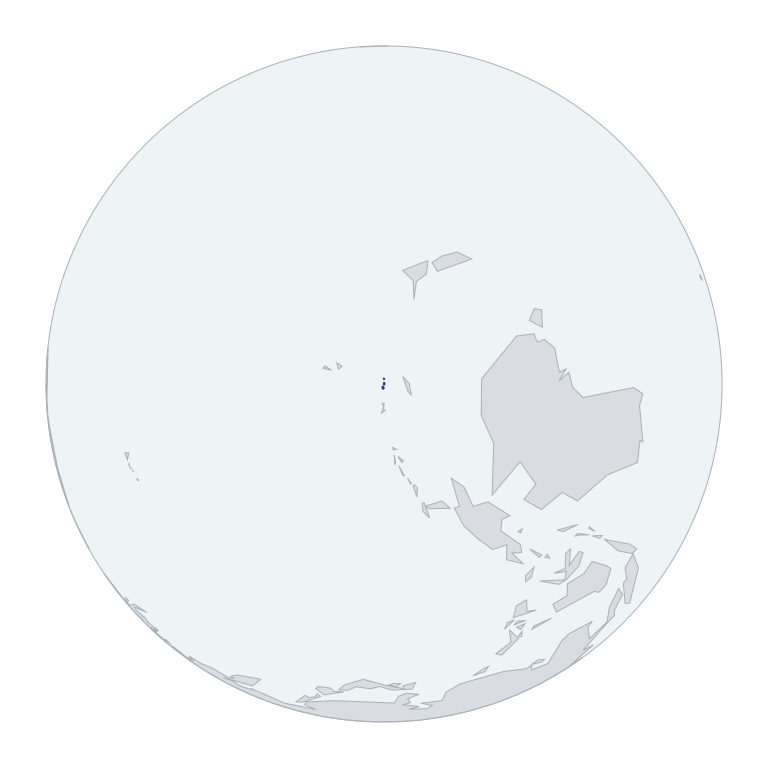 the Earth from above Tafea, rotated 211°
{"feature_id": "VUT-562", "entity_name": "Tafea", "entity_type": "Province", "adm_level": 1, "iso_a3": "VUT", "parent_name": "Vanuatu", "parent_adm1": "", "projection": "orthographic", "projection_center": [169.345, -19.436], "detail": "fine", "context": "on_globe", "style": "filled", "palette": "blue", "viewbox_px": 768, "rotation_deg": 211, "n_neighbors": 0, "source": "natural_earth", "source_scale": "10m", "svg_char_len": 6539}
<svg xmlns="http://www.w3.org/2000/svg" viewBox="0 0 768 768"><g transform="rotate(211 384 384)"><circle cx="384" cy="384" r="338" fill="#eef3f6" stroke="#a8b0b8"/><path d="M444.0,366.0L444.4,368.6L443.9,368.9L444.0,366.0ZM673.3,209.4L662.5,192.8L691.0,242.8L684.7,230.2L673.7,211.0L672.6,208.6L655.4,183.2L645.4,171.4L619.9,143.3L589.8,116.0L594.9,120.0L613.0,135.5L630.0,152.4L645.8,170.3L660.2,189.4L673.3,209.4ZM578.2,107.5L574.5,104.9L551.8,90.7L578.2,107.5ZM527.2,77.9L497.3,65.9L492.9,65.6L488.4,63.2L484.8,66.6L469.8,66.0L482.5,64.4L480.6,62.7L468.3,60.5L463.7,58.5L455.1,56.6L450.7,54.7L458.4,55.1L455.7,54.2L447.2,52.8L437.4,50.9L450.3,52.8L434.5,49.9L435.7,50.1L459.2,54.6L482.4,60.7L505.1,68.5L527.2,77.9ZM561.8,671.3L570.3,665.9L578.1,660.6L561.8,671.3ZM567.2,193.5L564.9,187.0L570.5,191.7L567.2,193.5ZM560.6,182.8L562.0,185.0L560.2,183.1L560.6,182.8ZM557.4,181.2L559.7,182.3L557.2,181.6L557.4,181.2ZM553.3,179.9L555.5,180.3L555.3,180.5L553.3,179.9ZM546.4,176.0L544.6,174.8L546.5,174.6L546.4,176.0ZM588.6,115.1L585.6,112.9L573.2,104.1L579.4,108.3L588.6,115.1ZM552.0,91.0L553.6,91.8L562.5,97.3L558.8,95.0L552.0,91.0ZM490.8,66.4L496.8,67.8L492.6,67.3L490.8,66.4ZM454.7,56.7L454.5,57.2L450.1,56.1L454.7,56.7ZM439.3,52.5L432.4,51.1L440.8,52.5L439.3,52.5ZM429.3,50.4L412.4,48.1L410.4,48.5L406.4,46.9L422.1,48.8L432.7,50.1L427.7,49.8L429.3,50.4ZM554.7,675.6L567.5,667.7L558.5,673.4L554.7,675.6ZM365.1,46.6L366.7,46.6L384.5,46.3L387.1,46.2L386.2,46.1L406.4,46.9L410.4,48.5L404.3,48.4L411.0,50.4L396.1,50.3L386.9,51.9L366.8,52.2L361.3,54.3L364.6,55.0L359.5,59.2L337.8,67.3L341.0,57.5L370.8,49.6L357.4,51.9L356.1,50.9L348.7,51.7L339.6,54.0L341.2,54.6L304.7,59.3L274.3,70.1L286.8,68.3L287.0,71.3L263.3,87.1L210.8,115.8L210.5,124.1L205.3,130.6L194.3,136.0L201.5,126.4L197.2,124.4L202.9,118.7L187.7,125.7L195.2,118.0L179.6,128.1L177.2,133.4L187.9,129.3L171.1,142.6L172.2,151.9L163.9,166.6L133.7,198.9L115.6,213.1L112.7,218.8L109.9,215.2L99.5,229.0L99.3,255.3L97.0,264.7L83.2,287.9L84.1,281.0L76.6,271.4L70.3,295.1L75.8,308.5L77.5,329.5L71.1,326.5L70.0,308.6L67.4,304.5L71.6,284.1L76.2,258.3L70.1,268.3L73.9,256.8L79.3,239.0L72.9,252.0L83.6,229.3L95.9,207.4L109.8,186.5L125.2,166.7L142.0,148.2L160.2,130.9L179.5,114.9L200.1,100.5L221.6,87.7L244.0,76.4L267.2,66.9L291.0,59.1L315.4,53.1L340.1,48.9L365.1,46.6ZM164.3,636.6L168.2,638.5L169.5,640.7L164.3,636.6ZM127.3,366.2L134.5,365.9L134.4,367.5L127.3,366.2ZM119.7,362.8L127.3,361.1L118.9,366.6L119.7,362.8ZM130.4,360.5L138.2,355.5L141.6,352.2L141.3,355.5L130.4,360.5ZM114.8,364.4L91.0,373.2L82.5,373.0L83.7,366.5L97.4,361.6L114.8,364.4ZM83.1,366.6L71.2,357.4L60.6,322.8L64.2,320.0L76.5,336.8L75.5,342.1L82.7,350.5L83.1,366.6ZM115.0,324.3L114.1,339.1L100.2,342.7L94.4,342.7L90.2,326.1L92.5,316.1L97.0,314.4L118.9,277.2L125.7,282.3L118.0,297.0L123.9,307.2L115.0,324.3ZM130.8,254.1L119.9,269.4L130.8,250.1L130.8,254.1ZM139.1,237.0L138.2,243.2L135.9,238.1L139.1,237.0ZM109.6,227.1L104.6,230.6L105.9,226.4L113.2,219.5L109.6,227.1ZM157.5,179.6L151.9,191.4L148.9,195.8L149.4,189.4L157.5,179.6ZM396.3,508.1L405.5,512.7L399.9,523.9L389.2,534.7L373.1,536.4L396.3,508.1ZM287.1,528.7L277.4,514.3L292.2,513.2L294.0,525.9L287.1,528.7ZM404.4,500.2L409.0,488.5L401.8,471.7L412.1,487.6L426.6,491.0L409.9,512.4L404.4,500.2ZM206.5,474.9L168.1,509.6L157.0,508.9L154.0,497.3L132.4,467.8L135.5,467.5L126.3,447.1L145.7,421.2L157.9,383.5L175.4,382.8L184.5,357.4L204.6,357.0L202.2,376.3L227.3,387.4L234.1,344.4L259.3,389.6L284.3,406.9L303.0,438.7L295.1,493.4L281.3,504.3L274.2,498.9L269.7,504.8L256.1,502.6L239.8,484.5L235.7,490.5L235.6,476.6L231.6,489.2L220.5,478.3L206.5,474.9ZM354.6,388.4L360.1,390.3L371.8,400.1L362.8,397.5L354.6,388.4ZM430.7,373.0L435.4,377.8L428.9,377.6L430.7,373.0ZM443.9,368.9L436.1,368.9L444.0,366.0L443.9,368.9ZM371.9,363.2L375.5,366.5L373.7,367.3L371.9,363.2ZM369.5,361.9L371.3,357.6L372.2,362.3L369.5,361.9ZM339.8,334.4L342.2,332.3L343.9,334.2L339.8,334.4ZM145.3,363.6L154.3,349.9L160.3,347.9L145.3,363.6ZM334.8,329.1L327.8,328.1L328.1,325.8L334.8,329.1ZM334.3,323.6L333.0,320.2L338.7,328.4L334.3,323.6ZM320.1,315.1L329.3,321.6L319.3,315.8L320.1,315.1ZM315.4,315.6L309.3,312.7L309.6,311.7L315.4,315.6ZM256.3,318.0L277.7,337.8L262.4,337.0L244.6,325.0L234.1,336.5L208.2,336.0L213.0,328.7L208.6,318.4L184.2,316.5L179.2,310.4L187.2,305.0L172.2,301.6L188.5,296.6L195.9,309.5L205.5,298.1L223.7,299.6L242.8,303.6L259.8,313.9L256.3,318.0ZM190.2,326.8L193.1,326.5L190.9,331.0L190.2,326.8ZM297.8,304.3L306.6,311.6L305.9,313.3L301.8,312.0L297.8,304.3ZM263.4,311.5L280.9,300.4L285.4,300.7L274.1,313.5L263.4,311.5ZM275.9,292.8L284.8,294.7L290.0,301.4L288.3,303.0L275.9,292.8ZM156.7,318.4L156.3,322.3L152.4,320.0L156.7,318.4ZM161.6,315.3L174.1,317.7L160.7,318.7L161.6,315.3ZM128.3,309.2L131.3,317.2L140.9,309.3L133.7,319.2L141.0,332.4L139.2,338.6L131.7,324.0L130.5,341.1L126.4,341.9L123.3,328.3L127.0,310.1L131.1,302.2L148.9,295.4L128.3,309.2ZM161.2,304.5L158.2,294.8L160.6,287.6L163.9,292.4L161.2,304.5ZM150.6,272.4L144.3,262.8L137.1,268.6L152.9,250.2L156.2,262.3L150.6,272.4ZM147.4,249.4L140.5,254.6L148.5,244.3L147.4,249.4ZM139.6,251.3L140.4,243.9L145.0,243.8L139.6,251.3ZM150.7,249.0L154.4,236.0L155.4,243.0L150.7,249.0ZM142.2,228.0L149.7,237.6L137.5,235.6L143.5,212.4L149.2,210.4L142.2,228.0ZM215.5,135.6L217.8,130.6L224.8,128.6L221.2,132.6L215.5,135.6ZM249.6,120.2L227.4,126.6L209.9,133.1L212.4,134.9L203.1,144.5L202.7,137.0L219.3,125.8L231.5,122.7L239.1,115.5L251.6,110.3L257.7,102.4L265.1,98.8L263.2,105.3L249.6,120.2ZM259.9,99.3L275.2,86.6L285.7,87.7L284.7,90.7L273.3,95.8L268.4,94.8L259.9,99.3ZM281.9,84.1L277.4,83.4L290.2,69.0L295.6,66.5L291.3,76.5L286.8,76.6L281.8,80.4L281.9,84.1Z" fill="#d9dde1" stroke="#a8b0b8" stroke-width="1"/><path d="M384.0,381.0L383.9,381.2L383.8,381.3L383.7,381.3L383.0,381.1L382.9,381.1L382.6,381.0L382.4,380.9L382.0,380.7L382.1,380.3L382.1,380.2L382.0,379.6L382.1,379.4L382.3,379.2L382.5,379.2L382.9,379.3L383.0,379.4L383.0,379.5L383.0,379.8L383.3,379.9L383.5,379.9L383.5,380.0L383.1,380.2L383.3,380.3L383.5,380.5L383.9,380.7L383.9,380.9L384.0,381.0ZM384.5,384.3L384.8,384.5L384.6,384.9L384.6,385.1L384.6,385.3L384.4,385.3L384.2,385.2L383.8,384.9L383.7,384.9L383.6,384.7L383.3,384.3L383.3,384.2L383.3,383.9L383.4,383.7L383.4,383.4L383.5,383.4L383.9,383.3L384.0,383.3L384.0,383.5L384.1,384.1L384.4,384.3L384.5,384.3ZM386.7,388.2L386.9,388.2L386.9,388.3L387.0,388.4L387.1,388.5L386.9,388.7L386.9,388.8L386.7,388.8L386.6,388.7L386.4,388.7L386.2,388.6L386.2,388.4L386.3,388.2L386.5,388.1L386.7,388.2Z" fill="#3b82f6" stroke="#1e3a8a" stroke-width="1.5"/></g></svg>